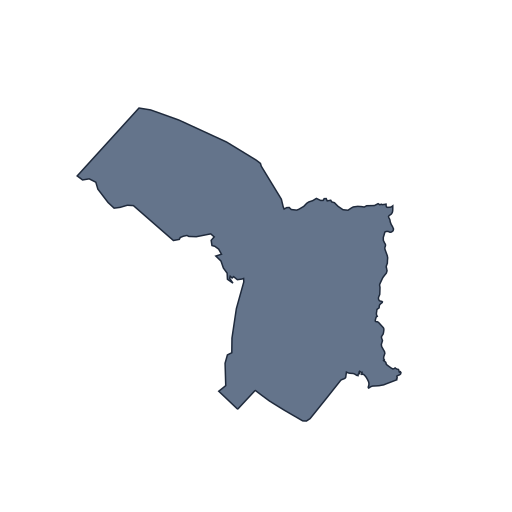 SVG path tracing the border of South Kazakhstan, rotated 311°
{"feature_id": "KAZ-3251", "entity_name": "South Kazakhstan", "entity_type": "Region", "adm_level": 1, "iso_a3": "KAZ", "parent_name": "Kazakhstan", "parent_adm1": "", "projection": "albers", "projection_center": [68.818, 43.271], "detail": "fine", "context": "isolated", "style": "filled", "palette": "slate", "viewbox_px": 512, "rotation_deg": 311, "n_neighbors": 0, "source": "natural_earth", "source_scale": "10m", "svg_char_len": 5600}
<svg xmlns="http://www.w3.org/2000/svg" viewBox="0 0 512 512"><g transform="rotate(311 256 256)"><path d="M380.5,320.1L379.2,321.3L378.6,322.4L379.0,323.4L381.0,325.4L382.1,326.0L383.6,326.3L381.9,327.8L380.2,329.2L379.3,329.8L378.3,330.3L377.3,330.5L376.4,330.6L375.2,330.3L374.0,330.0L373.3,330.0L372.7,330.1L372.4,330.6L372.0,331.1L371.8,331.8L371.6,332.4L371.3,332.9L371.1,333.4L370.4,334.2L369.7,335.1L369.1,336.3L368.5,337.4L368.1,338.7L367.6,340.0L367.1,341.0L366.6,342.1L365.8,342.5L365.0,342.9L364.4,342.8L363.7,342.7L363.2,342.5L362.6,342.3L362.2,341.9L361.8,341.5L361.6,340.9L361.4,340.2L361.3,339.8L361.0,339.3L360.6,338.9L360.2,338.4L359.7,338.1L359.2,337.7L358.9,337.7L358.5,337.6L356.0,338.8L353.5,339.9L352.4,340.9L351.3,341.9L350.7,343.3L350.1,344.7L349.9,345.4L349.7,346.0L349.4,346.3L349.1,346.7L348.6,347.0L348.2,347.2L347.8,347.4L347.3,347.5L346.8,347.8L346.4,348.1L346.0,348.5L345.7,348.9L344.0,351.9L342.3,355.0L341.6,355.8L341.0,356.6L338.8,358.2L336.7,359.9L335.3,360.4L333.8,361.0L333.4,361.3L333.0,361.6L332.7,362.2L332.3,362.7L331.5,363.7L330.8,364.6L329.7,365.1L328.6,365.6L325.7,365.7L322.8,365.9L319.3,366.9L315.8,367.9L315.4,368.2L314.9,368.6L314.2,369.5L313.5,370.3L310.8,372.5L308.2,374.6L306.7,375.1L305.2,375.6L304.6,376.1L303.9,376.6L303.5,377.5L303.2,378.4L303.3,378.8L303.4,379.1L303.8,379.9L304.3,380.7L304.3,381.1L304.3,381.5L304.0,381.6L303.7,381.8L302.2,381.5L300.6,381.3L300.2,381.4L299.8,381.5L298.8,382.1L297.8,382.8L297.5,382.9L297.1,382.9L296.3,382.6L295.5,382.4L295.1,382.5L294.7,382.5L293.3,383.5L291.8,384.4L291.2,385.0L290.6,385.6L290.3,386.4L290.0,387.1L289.6,386.9L289.1,386.7L288.6,386.9L288.1,387.0L286.9,387.6L285.7,388.2L285.5,388.4L285.3,388.6L285.1,388.8L285.0,389.1L285.1,389.4L285.2,389.6L285.4,390.0L285.6,390.3L285.8,390.4L286.0,390.6L286.1,391.1L286.2,391.5L286.2,392.1L286.2,392.7L285.8,396.0L285.4,399.3L285.2,399.7L285.0,400.1L284.6,400.5L284.1,401.0L283.2,401.6L282.3,402.2L281.4,402.7L280.4,403.2L279.3,403.3L278.2,403.5L277.6,403.6L277.1,403.8L276.8,404.3L276.4,404.7L275.8,405.8L275.1,407.0L273.3,407.8L271.5,408.6L270.8,409.4L270.1,410.2L269.1,413.0L268.1,415.8L267.6,416.4L267.1,417.1L265.5,417.8L265.0,418.0L263.8,418.5L263.1,419.0L262.4,419.5L262.1,420.3L261.8,421.1L261.7,421.1L261.3,420.9L261.1,420.8L260.9,420.7L260.8,421.0L260.8,421.4L260.9,422.2L260.9,423.0L260.9,423.3L260.9,423.7L260.7,424.0L260.5,424.4L260.4,424.6L260.2,424.7L260.0,424.9L259.9,425.0L259.8,425.6L259.7,426.1L259.9,429.0L260.2,432.0L260.4,432.6L260.5,433.3L260.8,433.5L261.0,433.8L261.2,434.0L261.5,434.1L262.2,434.3L262.8,434.4L262.8,434.9L262.8,435.3L262.9,435.7L263.0,436.2L263.1,436.6L263.3,437.0L263.5,437.4L263.8,437.8L263.7,438.1L263.7,438.3L263.0,439.4L262.4,440.4L262.9,440.7L263.4,440.9L263.2,441.4L263.1,441.9L262.5,442.2L261.9,442.5L261.2,442.4L260.5,442.3L259.5,441.8L258.4,441.3L258.1,441.2L257.8,441.1L257.5,441.3L257.3,441.5L257.2,441.8L257.0,442.1L256.8,442.3L256.6,442.6L256.2,442.5L255.8,442.5L255.5,442.9L255.2,443.2L255.1,443.4L255.0,443.5L248.8,440.2L244.7,438.0L242.5,436.9L240.8,435.5L239.0,434.1L236.6,431.7L234.2,429.2L233.4,428.8L232.6,428.3L231.6,428.1L230.6,427.8L230.4,427.7L230.2,427.6L230.3,427.3L230.4,427.0L230.6,426.8L230.9,426.6L231.8,426.2L232.7,425.8L233.2,425.4L233.6,425.1L234.0,424.7L234.4,424.2L234.7,423.8L235.0,423.3L235.4,422.4L235.8,421.5L236.2,420.4L236.6,419.3L236.9,418.1L237.1,416.9L237.2,415.9L237.2,414.9L237.0,414.5L236.7,414.1L236.6,413.9L236.3,413.7L236.1,413.5L236.3,413.4L236.5,413.3L237.1,412.9L237.7,412.4L237.3,412.2L237.1,412.1L237.2,411.8L237.2,411.5L237.2,411.4L237.1,410.6L237.0,409.8L236.5,409.9L235.9,409.9L235.5,410.7L235.2,411.5L234.9,411.1L234.6,410.8L234.3,410.7L234.0,410.7L233.6,410.8L233.3,411.0L233.0,411.2L232.7,411.5L232.3,410.9L232.0,410.3L231.8,409.0L231.6,407.6L231.3,407.0L231.1,406.4L229.9,404.9L228.8,403.3L228.6,402.9L228.4,402.5L228.3,402.4L228.0,401.4L227.7,400.4L227.0,400.9L226.3,401.3L224.8,402.3L223.3,403.3L222.8,403.4L222.3,403.4L221.7,403.2L221.1,403.0L220.0,402.4L218.9,401.8L218.3,401.6L217.7,401.5L211.0,401.8L204.2,402.1L199.9,402.3L193.2,402.6L187.6,402.8L180.0,403.1L174.8,403.3L168.7,403.5L166.6,402.9L165.8,402.7L164.5,402.3L163.3,400.8L162.2,399.4L160.2,389.0L158.2,378.7L156.8,370.1L155.4,361.4L154.7,352.6L154.1,343.8L153.9,343.7L153.6,343.6L153.3,343.5L153.1,343.5L152.9,343.5L152.7,343.5L146.4,343.3L140.8,343.1L135.1,342.9L128.9,342.7L128.7,342.5L128.4,342.3L128.4,342.0L128.4,341.6L129.0,328.0L129.5,316.6L134.3,317.5L138.3,318.2L154.8,303.0L162.6,299.3L167.1,301.2L178.3,291.7L203.4,275.7L228.4,263.8L230.9,261.4L229.4,260.5L225.9,257.5L225.7,252.6L223.7,252.4L223.8,249.8L221.9,250.7L220.4,256.4L219.7,249.7L224.1,245.5L225.5,239.3L229.2,232.9L229.6,225.7L234.7,228.8L236.7,223.3L236.3,218.6L235.0,215.9L238.4,211.9L243.0,211.9L243.0,207.3L231.4,198.3L226.7,192.5L226.2,190.4L223.3,188.2L220.3,186.7L218.2,187.2L213.5,183.5L213.6,130.4L209.9,125.6L203.5,121.5L199.0,117.5L199.3,109.3L202.7,92.8L206.6,86.7L204.8,79.5L199.6,75.2L199.1,68.5L290.9,70.6L297.1,80.6L308.0,108.6L322.7,159.0L328.5,193.3L328.8,198.6L327.2,201.1L315.5,237.9L311.0,244.2L309.9,246.4L312.6,247.4L314.4,249.2L314.2,252.1L317.3,256.6L319.4,257.7L324.8,259.5L329.1,259.7L331.5,260.4L335.0,262.5L339.1,263.8L340.3,268.3L342.0,270.2L344.0,269.8L345.4,271.3L344.3,273.6L347.1,275.8L346.5,277.7L347.7,280.2L347.3,285.3L348.0,291.3L350.9,295.4L354.6,296.4L356.8,297.2L360.2,300.2L362.5,303.2L364.0,305.6L366.5,306.5L371.8,312.3L375.6,313.8L375.9,315.8L377.3,316.6L377.5,317.5L380.2,320.0L380.4,320.0L380.5,320.1Z" fill="#64748b" stroke="#1e293b" stroke-width="1.5"/></g></svg>